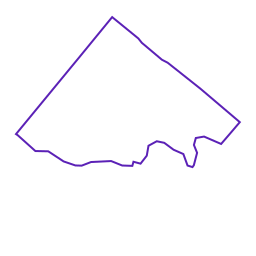 Osage, Missouri, United States of America (Robinson projection), rotated 219°
{"feature_id": "52423323B54445613947141", "entity_name": "Osage", "entity_type": "district", "adm_level": 2, "iso_a3": "USA", "parent_name": "United States of America", "parent_adm1": "Missouri", "projection": "robinson", "projection_center": [-91.946, 38.498], "detail": "fine", "context": "isolated", "style": "outline", "palette": "violet", "viewbox_px": 256, "rotation_deg": 219, "n_neighbors": 0, "source": "geoboundaries", "source_scale": "gbopen_adm2", "svg_char_len": 594}
<svg xmlns="http://www.w3.org/2000/svg" viewBox="0 0 256 256"><g transform="rotate(219 128 128)"><path d="M209.2,53.0L185.5,51.8L175.3,59.7L157.0,61.5L145.3,65.8L140.3,69.6L135.3,78.3L120.3,91.7L108.9,95.2L100.8,101.3L102.5,105.2L95.8,108.2L96.0,118.3L100.9,127.1L97.3,135.8L90.5,139.3L78.9,139.8L68.6,142.6L58.1,136.3L53.3,138.2L53.4,140.5L58.7,152.2L66.1,156.3L69.0,162.9L63.5,169.2L45.6,174.2L45.2,187.1L44.8,202.9L96.1,204.1L138.3,203.7L144.6,202.4L170.9,202.9L176.3,204.1L210.1,204.2L210.4,149.8L210.5,139.8L211.2,52.8L209.2,53.0Z" fill="none" stroke="#5b21b6" stroke-width="2"/></g></svg>